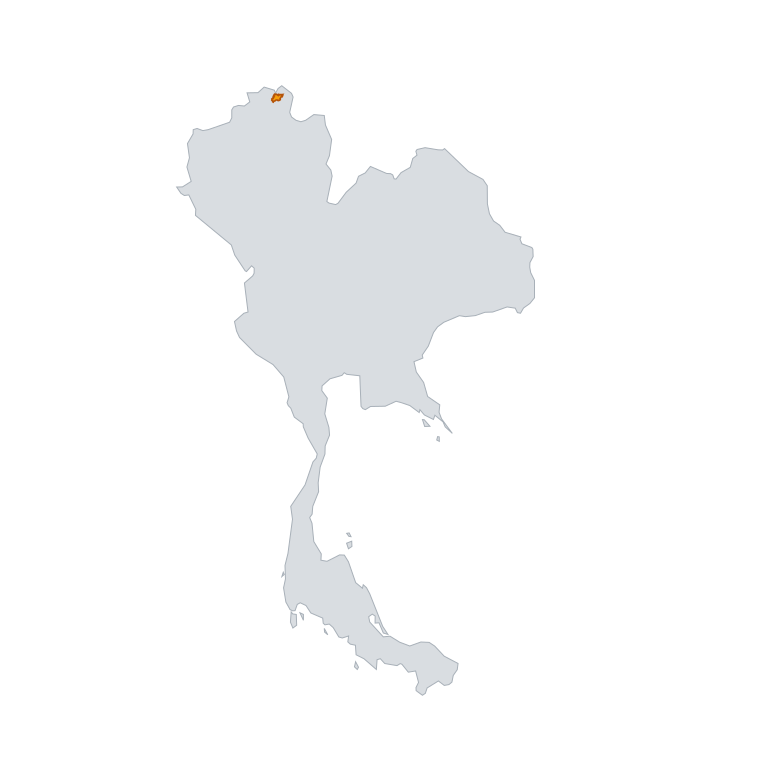 Doi Luang, Chiang Rai, Thailand shown in context, rotated 350°
{"feature_id": "78962969B15237736289159", "entity_name": "Doi Luang", "entity_type": "district", "adm_level": 2, "iso_a3": "THA", "parent_name": "Thailand", "parent_adm1": "Chiang Rai", "projection": "mercator", "projection_center": [100.215, 20.141], "detail": "fine", "context": "in_parent", "style": "filled", "palette": "amber", "viewbox_px": 768, "rotation_deg": 350, "n_neighbors": 0, "source": "geoboundaries", "source_scale": "gbopen_adm2", "svg_char_len": 6002}
<svg xmlns="http://www.w3.org/2000/svg" viewBox="0 0 768 768"><g transform="rotate(350 384 384)"><path d="M327.0,75.6L327.7,78.7L331.0,74.6L335.1,72.5L343.4,81.7L344.3,85.6L338.3,100.1L339.3,105.0L343.1,109.0L347.7,111.3L352.6,110.7L361.7,106.5L371.8,109.2L371.3,118.8L374.9,134.1L369.9,149.7L365.1,157.3L368.8,164.1L369.0,170.3L359.4,194.4L361.3,196.3L367.5,198.9L370.0,198.1L380.1,188.6L391.4,181.3L395.0,175.0L402.1,172.9L408.4,167.4L423.1,177.1L427.0,178.0L428.9,179.6L429.6,183.7L431.4,184.3L437.5,178.8L447.5,175.2L451.5,166.9L456.2,164.4L455.8,160.3L457.3,158.8L465.5,158.4L478.0,162.8L482.4,163.7L484.5,162.7L504.1,189.5L517.0,199.7L520.1,206.7L517.1,224.6L517.4,234.7L520.2,242.5L525.6,247.9L529.6,255.6L544.4,263.0L543.1,265.0L544.1,269.8L553.3,275.3L554.0,277.2L553.0,284.4L548.8,289.8L547.8,294.3L547.8,299.8L550.2,308.1L547.2,325.2L541.7,330.0L534.6,333.4L530.7,338.0L527.8,336.9L526.4,332.1L518.6,329.5L503.5,332.0L495.9,330.9L485.8,332.5L475.9,331.8L470.1,329.8L453.6,333.6L446.7,337.0L441.7,341.9L434.2,354.4L426.7,362.1L426.8,365.2L417.4,367.2L417.9,377.8L423.3,389.4L424.8,403.9L435.3,414.2L433.3,421.4L434.6,428.3L442.7,444.5L436.8,436.8L435.6,431.6L428.7,423.6L426.5,427.5L418.4,421.5L414.9,415.5L413.7,418.2L405.7,409.7L397.5,405.2L392.9,403.1L381.4,406.1L366.8,403.8L361.2,406.0L358.9,404.6L357.5,402.0L361.6,371.7L349.0,368.0L346.8,366.0L344.1,368.2L331.7,369.5L322.7,375.1L321.6,379.7L325.7,388.1L320.5,403.1L322.2,417.2L321.5,424.9L315.3,434.8L313.7,442.7L306.7,454.7L302.0,469.9L300.9,478.7L292.6,492.1L290.6,499.7L287.6,502.6L288.9,508.6L287.5,527.0L292.7,540.4L291.3,546.6L297.1,548.7L310.6,544.6L315.2,545.6L318.1,552.9L321.6,574.7L327.3,581.4L328.7,578.1L331.4,581.6L333.5,588.1L340.6,622.4L344.4,631.3L340.1,629.1L337.6,618.3L333.7,617.9L335.0,611.0L332.5,608.6L328.5,610.5L328.6,615.9L339.4,632.9L346.1,633.4L354.6,641.0L363.9,646.5L375.5,644.5L383.6,646.3L388.4,650.9L396.0,662.5L408.4,672.1L406.5,678.1L401.6,683.0L399.1,689.4L395.7,691.3L391.0,691.3L386.0,685.9L373.7,690.8L371.0,695.8L367.8,697.2L362.4,691.6L362.8,688.5L366.2,683.9L365.3,672.1L357.9,672.0L353.0,663.1L351.4,662.2L347.9,663.6L336.2,659.4L332.7,653.9L329.3,654.3L326.9,663.8L316.6,651.1L309.5,645.8L310.5,636.3L305.6,634.3L303.6,631.7L305.4,626.0L298.8,626.9L295.6,625.3L291.7,615.1L288.4,610.9L284.0,610.9L282.6,609.0L283.0,603.9L272.2,596.8L268.7,588.6L263.5,584.9L260.3,586.0L257.0,591.8L254.6,591.5L252.3,589.8L249.5,581.7L249.7,567.3L253.1,558.9L255.0,545.5L260.0,534.2L270.4,501.3L270.9,488.3L288.7,469.7L300.5,448.4L304.4,445.3L306.1,441.3L299.9,424.1L297.1,412.2L297.5,409.1L289.9,401.0L288.0,391.6L286.0,388.7L285.3,385.6L288.1,380.1L286.5,359.7L278.1,345.6L263.2,332.4L249.8,313.1L248.0,306.2L247.6,296.5L258.3,290.0L262.6,289.5L264.1,260.3L273.4,254.8L275.3,252.4L276.3,247.4L274.1,244.6L268.1,249.4L266.9,248.4L259.4,231.1L257.8,220.6L227.6,185.2L229.0,179.3L224.6,163.9L220.1,163.7L217.1,160.9L214.0,154.0L219.8,154.9L229.3,151.0L227.6,136.1L231.7,127.4L232.2,113.1L239.4,104.6L240.3,100.4L244.3,99.9L249.6,103.0L255.0,103.0L277.4,99.4L280.3,95.5L281.7,87.6L283.9,85.1L289.0,84.4L294.8,86.0L300.8,82.9L299.7,73.5L310.5,75.2L317.5,70.8L327.0,75.6ZM257.6,595.7L256.1,606.4L251.9,608.5L250.5,602.3L253.0,592.3L254.2,594.6L257.6,595.7ZM324.9,533.2L324.2,538.4L320.4,540.1L319.5,534.3L324.9,533.2ZM417.4,426.2L421.9,433.6L416.7,432.9L415.7,425.7L417.4,426.2ZM308.1,660.5L305.8,657.4L307.8,652.6L309.7,658.5L308.1,660.5ZM264.6,596.9L263.6,602.7L261.5,594.7L264.6,596.9ZM325.0,528.6L323.0,528.0L321.3,524.6L323.8,524.6L325.0,528.6ZM282.7,614.3L285.1,621.2L282.4,618.0L282.7,614.3ZM429.2,445.7L428.5,450.1L426.2,448.3L427.7,445.1L429.2,445.7ZM252.6,554.3L250.0,555.9L252.1,551.9L252.6,554.3Z" fill="#d9dde1" stroke="#a8b0b8" stroke-width="1"/><path d="M334.6,81.3L334.4,81.3L334.1,81.2L333.9,81.3L333.8,81.2L333.7,81.3L333.4,81.4L333.2,81.4L333.1,81.5L333.1,81.4L333.0,81.2L332.9,81.2L332.7,81.2L332.7,81.3L332.6,81.2L332.4,81.1L332.2,81.0L332.1,80.9L331.9,80.9L331.8,81.0L331.7,81.0L331.4,81.0L331.2,81.2L330.9,81.0L331.0,80.9L330.9,80.9L330.8,81.0L330.8,80.9L330.7,80.9L330.4,80.9L330.5,80.8L330.5,80.7L330.4,80.8L330.4,80.7L330.2,80.7L330.1,80.8L329.9,81.0L329.5,81.2L329.4,81.0L329.3,80.9L329.1,80.8L329.0,80.7L329.0,80.4L328.8,80.4L328.7,80.3L328.4,80.2L328.4,79.9L328.2,79.8L328.0,80.0L327.9,80.0L327.9,79.9L327.7,79.9L327.5,80.0L327.3,80.0L327.2,79.9L327.1,79.7L326.9,79.4L326.7,79.5L326.8,79.6L326.9,79.8L326.8,80.0L326.6,80.0L326.4,80.1L326.4,80.3L326.4,80.5L326.0,80.6L325.9,80.4L325.7,80.4L325.3,80.3L325.2,80.3L325.4,80.4L325.5,80.5L325.4,80.6L325.3,80.8L325.5,81.0L325.6,81.3L325.7,81.5L325.3,81.5L325.1,81.5L324.8,81.7L324.7,81.8L324.8,82.0L325.0,82.0L325.3,82.1L325.4,82.4L325.3,82.5L325.1,82.4L324.9,82.4L324.9,82.5L324.9,82.8L324.8,83.0L324.7,82.9L324.6,82.7L324.4,82.7L324.3,82.8L324.3,83.0L324.4,83.3L324.3,83.5L324.2,83.4L323.9,83.5L323.6,83.3L323.4,83.4L323.4,83.5L323.5,83.6L323.6,83.8L323.4,83.9L323.2,83.8L322.9,83.9L322.9,84.0L323.0,84.5L322.9,84.5L322.7,84.7L322.4,84.6L322.5,84.7L322.6,84.8L322.6,85.0L322.9,85.3L323.2,85.4L323.3,85.4L323.4,85.6L323.3,85.9L323.3,86.1L323.3,86.7L323.3,86.8L323.5,86.9L323.7,87.0L323.9,87.1L324.0,87.2L324.2,86.9L324.3,86.6L324.5,86.4L324.9,86.2L325.0,86.2L325.2,86.4L325.3,86.4L325.6,86.4L325.8,86.3L326.1,86.1L326.3,86.1L326.5,86.0L326.7,85.9L326.8,85.7L327.0,85.5L327.3,85.6L327.5,85.6L328.0,85.7L328.3,85.8L328.5,86.0L328.4,86.0L328.5,86.1L328.5,86.3L328.8,86.4L328.9,86.5L329.0,86.5L329.3,86.6L329.5,86.5L329.7,86.4L329.8,86.3L329.9,86.2L330.0,86.2L330.1,86.3L330.1,86.5L330.4,86.4L330.5,86.4L330.5,86.2L330.8,86.1L331.0,85.9L331.3,85.9L331.4,85.5L331.4,85.4L331.4,85.2L331.3,84.9L331.5,84.9L331.6,84.7L331.8,84.2L331.9,83.9L332.0,83.7L332.3,83.7L332.7,83.5L332.8,83.4L333.0,83.4L333.0,83.5L333.3,83.6L333.5,83.6L333.6,83.4L333.6,83.1L333.9,83.0L334.0,82.9L333.9,82.8L334.0,82.6L334.1,82.4L334.3,82.2L334.5,82.1L334.6,81.9L334.5,81.7L334.4,81.6L334.5,81.4L334.6,81.3Z" fill="#f59e0b" stroke="#b45309" stroke-width="1.5"/></g></svg>